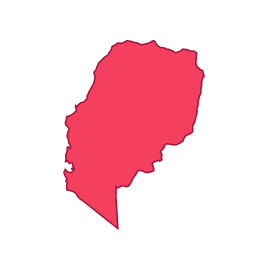 Alego Usonga, Nyanza, Kenya (Albers equal-area conic projection), rotated 293°
{"feature_id": "3690345B57306569752992", "entity_name": "Alego Usonga", "entity_type": "district", "adm_level": 2, "iso_a3": "KEN", "parent_name": "Kenya", "parent_adm1": "Nyanza", "projection": "albers", "projection_center": [34.222, 0.062], "detail": "fine", "context": "isolated", "style": "filled", "palette": "rose", "viewbox_px": 256, "rotation_deg": 293, "n_neighbors": 0, "source": "geoboundaries", "source_scale": "gbopen_adm2", "svg_char_len": 5378}
<svg xmlns="http://www.w3.org/2000/svg" viewBox="0 0 256 256"><g transform="rotate(293 128 128)"><path d="M128.8,70.4L127.8,71.2L126.4,71.9L125.7,72.4L124.9,73.1L124.4,73.3L123.7,73.5L122.5,73.2L121.4,72.7L120.9,72.5L120.3,72.3L118.9,71.4L117.7,70.5L117.1,70.2L116.3,69.3L115.9,68.8L115.6,68.4L114.9,67.3L114.4,67.2L113.8,67.1L112.7,67.6L112.3,67.8L111.7,68.0L110.4,68.1L109.0,68.1L108.3,68.3L107.4,68.9L106.9,69.1L106.4,69.5L106.1,70.8L105.9,71.4L105.0,73.0L104.7,73.5L104.2,73.9L103.1,74.5L102.0,74.3L101.5,74.2L101.0,74.2L99.9,74.4L99.3,74.5L98.7,74.7L96.9,74.9L95.7,75.9L94.5,77.2L93.1,78.3L91.4,79.1L90.9,79.5L90.4,80.4L90.1,80.8L89.5,81.3L88.6,82.1L87.6,82.8L87.2,82.5L86.8,82.4L86.7,81.3L87.3,80.1L86.7,79.9L86.2,79.7L85.0,80.2L84.6,80.4L84.1,80.6L82.9,81.0L81.1,81.1L80.7,81.1L80.0,81.2L78.9,81.2L78.2,81.4L77.3,82.2L76.7,82.5L75.9,82.8L74.6,83.2L73.9,83.4L72.6,83.6L72.8,84.1L73.0,84.5L74.1,85.1L73.9,85.8L73.8,86.5L72.6,87.6L72.4,88.0L73.6,89.1L73.9,89.5L74.2,90.0L73.3,91.0L72.1,91.6L71.5,92.2L71.0,93.3L70.5,93.0L69.9,92.8L68.7,91.9L68.4,92.3L68.1,92.7L68.6,93.8L69.2,94.7L67.9,94.7L67.5,94.4L66.9,94.1L65.6,93.5L64.3,92.0L64.0,91.1L64.0,90.0L64.3,89.1L64.5,88.3L64.9,87.6L65.3,86.9L65.4,86.4L64.8,86.5L64.3,86.5L63.6,86.4L63.0,86.3L62.3,86.3L61.4,87.0L59.9,88.3L58.9,89.4L58.5,90.0L57.6,91.2L57.3,91.8L56.2,91.7L55.4,91.6L54.8,91.6L54.4,92.0L54.2,92.6L54.2,93.2L53.7,93.9L53.0,93.7L52.2,93.6L51.1,93.9L50.4,94.3L49.9,94.7L49.3,94.9L48.7,95.2L48.3,95.3L47.1,96.0L47.2,96.6L47.5,97.4L47.7,98.2L47.8,98.9L47.9,99.7L47.9,101.0L47.9,101.6L48.0,102.4L47.9,103.7L47.9,104.2L47.6,105.0L47.4,105.5L47.0,106.2L45.3,108.5L45.1,109.2L44.8,109.9L44.1,111.1L43.8,111.9L43.6,112.5L43.8,113.0L41.5,121.8L34.5,146.8L31.5,158.0L33.6,156.9L48.8,149.4L60.3,143.6L69.4,140.0L68.8,141.3L69.1,142.5L69.6,142.8L70.1,143.1L71.3,144.0L71.9,144.5L72.3,145.1L72.8,146.1L73.0,146.7L73.1,147.2L73.1,148.5L73.2,149.0L73.3,149.7L74.3,150.7L75.6,151.6L77.3,151.8L79.0,152.1L79.7,152.2L80.2,152.2L81.4,152.1L83.1,152.2L84.7,152.5L85.5,152.6L86.1,152.8L87.8,153.3L89.5,153.4L90.4,153.5L91.1,153.6L92.9,154.1L93.3,154.9L93.8,156.4L94.1,158.3L94.2,159.0L94.1,159.6L93.9,161.4L94.6,163.6L95.5,164.5L96.4,166.0L97.4,167.3L98.5,168.1L99.2,168.4L100.3,167.8L101.6,166.8L102.1,166.4L102.6,166.1L103.6,165.1L104.0,164.5L105.1,164.4L105.7,164.6L106.1,164.8L107.1,165.4L107.6,165.9L108.5,166.7L108.8,167.2L109.0,167.7L109.9,168.2L110.1,168.6L110.2,169.1L109.9,170.1L110.3,170.5L110.6,170.8L111.6,171.2L112.0,171.6L113.2,171.0L113.7,170.6L115.1,169.7L115.5,169.8L116.9,169.7L117.5,168.7L117.9,168.1L118.2,167.7L119.2,167.0L120.4,167.7L121.7,168.0L123.1,168.5L123.7,168.7L125.3,168.7L126.9,168.5L128.0,169.0L128.4,170.0L128.7,170.5L128.9,171.0L129.3,172.1L129.4,172.7L129.7,174.0L130.0,175.3L130.1,175.8L130.2,176.3L130.8,177.7L131.1,178.0L131.5,179.1L132.7,180.0L134.3,181.6L134.7,181.9L135.6,182.3L136.1,182.6L136.4,182.9L137.4,183.7L137.8,183.6L139.1,183.2L140.3,183.6L141.0,183.7L143.1,184.0L143.6,184.4L144.7,185.3L145.2,185.8L145.8,186.3L146.9,187.3L147.6,187.8L148.1,188.1L149.7,188.9L150.2,188.8L151.4,188.4L151.9,188.3L152.9,187.6L153.5,187.3L154.6,187.0L155.9,186.7L157.1,186.9L159.3,187.1L161.3,186.8L163.3,186.4L164.7,186.1L165.3,186.0L166.3,185.9L167.3,185.9L168.1,185.8L169.5,185.5L170.2,185.3L171.1,184.5L172.3,184.2L172.9,183.9L173.4,183.8L174.7,183.8L175.4,183.8L176.8,183.3L177.4,183.1L177.9,183.0L179.0,182.5L180.3,182.0L180.9,182.0L181.5,182.0L183.0,181.8L183.6,181.6L184.1,181.4L185.3,181.3L185.8,181.2L186.3,181.3L187.1,181.5L188.4,181.3L189.1,181.2L189.7,181.0L190.9,180.5L191.9,180.1L192.8,179.8L194.1,179.5L194.9,179.2L196.2,179.0L197.6,178.6L198.5,178.0L199.0,177.8L199.4,177.7L200.7,177.5L201.2,177.5L201.6,177.5L202.6,177.4L203.4,177.3L204.1,177.5L205.3,177.9L206.7,176.8L207.3,176.3L207.8,176.0L209.3,174.9L209.9,174.3L210.1,173.1L209.8,171.6L210.7,170.2L211.3,168.1L212.8,166.1L214.6,165.0L216.3,164.2L218.1,163.9L219.6,163.2L221.5,162.5L223.8,162.1L224.2,160.5L224.5,158.7L224.0,157.3L223.2,155.7L223.4,153.3L223.1,151.5L223.0,151.0L222.5,149.4L221.9,147.3L221.2,147.1L219.9,146.7L218.7,145.5L217.3,144.0L216.4,143.0L216.1,142.5L215.9,141.6L216.1,140.8L216.4,139.5L216.4,138.9L216.3,137.3L216.4,135.1L215.7,132.6L215.9,130.8L215.7,129.3L215.1,127.7L214.8,126.0L215.0,124.4L215.6,123.0L216.0,121.8L216.3,121.2L216.5,120.8L217.9,119.5L218.4,117.6L217.5,116.3L216.3,115.6L215.9,115.3L215.3,114.7L214.7,114.1L213.8,113.2L213.1,112.5L212.4,111.6L211.4,110.1L210.4,108.6L209.8,107.0L209.9,105.3L209.8,103.6L209.7,102.0L209.2,100.3L209.1,98.2L208.7,95.8L208.2,94.0L207.9,92.9L206.9,92.1L206.2,91.5L205.3,90.9L203.5,89.2L203.1,87.8L202.6,86.6L201.8,85.0L201.5,84.7L199.6,84.0L198.1,82.5L196.8,81.5L196.1,81.6L195.3,81.7L193.0,82.0L190.3,81.1L189.8,81.1L187.3,81.1L185.5,79.8L184.4,79.0L182.9,78.3L181.1,77.6L179.6,76.9L179.1,76.8L178.0,76.7L177.2,75.6L175.6,75.6L173.8,75.7L172.6,75.5L172.2,75.5L171.4,75.6L169.9,75.7L167.9,75.6L167.3,75.3L166.1,74.8L164.8,75.6L163.2,76.9L161.7,77.8L159.8,78.5L158.0,78.6L156.4,78.8L154.6,78.9L153.9,78.9L153.3,78.7L151.8,78.6L149.9,78.3L147.4,78.3L145.4,77.8L144.2,78.2L142.9,77.8L142.3,77.8L141.5,77.9L140.0,78.5L138.5,78.8L137.5,78.3L137.0,78.0L136.5,77.8L135.0,77.4L133.8,76.1L133.5,75.6L132.8,74.7L132.2,74.4L130.8,73.6L130.4,73.4L129.4,73.1L128.2,73.1L128.0,72.7L127.5,72.1L128.8,70.4Z" fill="#f43f5e" stroke="#9f1239" stroke-width="1.5"/></g></svg>